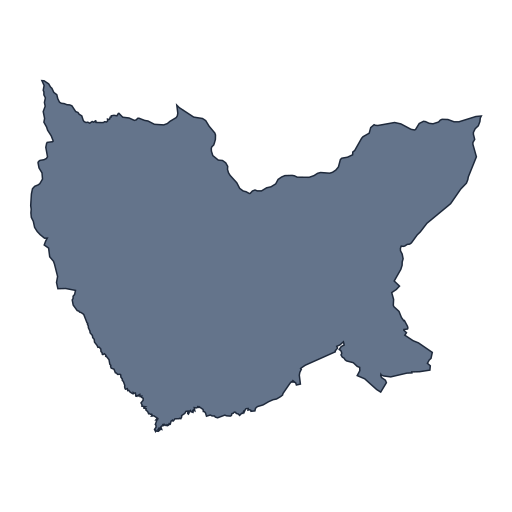 Sotaquirá, Boyacá, Colombia
{"feature_id": "7082276B24848534982684", "entity_name": "Sotaquirá", "entity_type": "district", "adm_level": 2, "iso_a3": "COL", "parent_name": "Colombia", "parent_adm1": "Boyacá", "projection": "mercator", "projection_center": [-73.263, 5.785], "detail": "fine", "context": "isolated", "style": "filled", "palette": "slate", "viewbox_px": 512, "rotation_deg": 0, "n_neighbors": 0, "source": "geoboundaries", "source_scale": "gbopen_adm2", "svg_char_len": 6013}
<svg xmlns="http://www.w3.org/2000/svg" viewBox="0 0 512 512"><path d="M215.3,417.1L217.6,417.8L224.8,415.1L226.5,415.8L230.3,416.1L231.4,415.5L231.9,413.6L233.1,413.3L234.3,412.1L235.6,412.3L236.2,413.4L238.3,414.0L239.6,415.4L241.7,413.3L242.9,413.4L243.7,411.0L244.1,410.8L244.3,411.8L245.6,409.0L246.5,408.6L248.2,408.5L248.0,410.1L249.5,409.7L250.9,410.4L251.0,411.3L254.9,410.9L255.5,408.3L257.4,406.6L263.1,404.9L268.6,401.7L273.1,399.7L276.5,399.0L280.6,396.6L282.6,395.0L282.9,393.6L289.9,383.4L291.4,381.7L292.0,382.1L292.9,380.6L294.1,381.6L293.7,382.1L295.6,382.6L296.4,385.0L300.4,384.1L299.3,375.2L299.8,372.4L301.3,369.3L300.6,368.6L301.3,367.9L305.3,365.2L335.3,351.8L335.2,350.9L337.5,348.1L336.7,346.3L339.8,345.0L343.4,341.8L344.2,345.0L341.2,346.6L339.2,349.5L340.8,350.6L341.5,352.1L341.7,353.7L341.0,354.9L342.3,357.1L344.2,358.3L345.0,359.7L346.5,360.9L353.3,362.7L357.2,366.4L359.7,367.4L359.8,370.7L357.2,375.6L364.7,378.8L376.6,389.5L380.7,392.1L386.4,382.7L385.4,380.2L381.5,377.5L380.7,375.5L380.9,374.4L381.3,375.1L383.9,376.0L390.7,376.9L406.9,373.1L411.9,372.9L411.8,371.9L419.6,371.7L429.9,370.1L430.3,365.8L427.4,363.3L429.3,359.9L431.0,358.4L432.3,352.4L418.5,342.9L413.1,340.7L404.8,335.2L406.5,332.7L403.8,330.2L403.9,329.5L407.5,329.0L407.9,328.0L407.5,326.3L404.4,320.5L403.8,320.8L401.4,317.4L399.0,311.4L393.9,306.7L393.3,305.3L393.6,299.4L391.7,292.6L396.3,289.5L399.5,286.1L394.2,281.0L400.8,269.4L402.1,265.3L402.2,262.0L403.1,258.8L402.2,254.1L400.5,250.8L400.4,248.4L401.2,246.1L403.3,246.4L404.8,246.0L407.2,244.4L409.7,244.1L411.4,242.9L417.2,234.9L420.3,231.9L426.9,223.3L450.6,203.7L460.7,189.1L466.4,183.2L467.8,179.7L468.3,176.9L476.4,156.8L472.9,144.3L472.9,142.5L474.7,139.4L473.4,134.3L473.4,132.4L475.2,128.7L478.3,125.8L479.9,121.6L480.3,118.0L481.3,116.0L475.9,116.5L458.9,121.8L454.1,121.8L447.9,119.5L442.1,119.3L440.3,120.1L438.6,122.0L433.0,123.8L429.1,123.3L425.5,121.6L423.5,121.3L419.2,123.5L415.6,129.4L414.6,130.0L411.0,129.3L400.9,123.9L394.6,122.5L377.8,125.5L375.4,125.3L374.1,124.7L370.7,127.6L369.2,133.2L363.0,136.7L361.6,138.3L354.7,150.5L352.8,152.0L352.6,154.8L347.5,157.2L341.8,158.2L340.4,159.5L338.4,167.0L335.8,170.1L332.5,172.3L329.7,173.2L320.6,172.5L317.6,173.3L314.0,175.6L309.2,177.3L297.3,177.2L294.4,175.8L292.2,175.4L284.9,175.6L281.6,177.0L278.1,179.4L275.7,183.9L271.0,186.8L266.6,187.8L261.5,190.9L257.3,190.9L255.0,190.0L252.4,191.0L250.2,193.4L249.3,193.5L246.0,191.7L243.2,191.0L239.7,188.4L236.8,182.8L230.1,175.4L228.5,172.8L227.5,169.4L227.7,166.4L225.7,162.8L222.5,160.5L218.3,160.1L212.8,155.6L211.4,151.1L211.3,148.4L211.8,146.8L213.7,145.0L214.4,143.0L215.4,139.4L215.5,135.0L214.8,133.0L209.1,126.2L205.7,120.6L202.5,118.5L193.7,117.1L179.2,107.6L176.8,105.2L177.8,113.3L177.3,115.9L176.2,117.6L170.0,121.3L167.3,123.6L163.7,124.9L154.4,124.3L148.0,121.0L144.6,120.4L138.9,118.2L137.7,118.3L136.2,119.9L134.4,120.4L129.1,118.0L122.7,117.2L118.9,113.3L118.3,113.5L116.9,115.8L114.0,115.3L111.3,115.8L111.2,117.0L110.2,117.1L109.6,119.1L108.8,119.5L107.5,119.1L107.6,121.0L106.6,122.0L104.6,121.7L103.5,122.5L102.1,122.6L96.9,122.5L95.9,122.4L96.0,121.1L95.5,120.8L93.6,122.2L92.2,121.5L89.7,123.2L87.8,122.2L86.0,122.5L84.1,121.6L83.2,120.3L81.8,115.9L79.1,114.2L78.0,112.5L75.7,111.6L71.9,105.8L69.7,104.9L66.9,104.7L64.2,103.6L61.4,103.3L59.5,102.2L57.8,98.8L56.8,94.7L53.8,92.4L51.9,88.3L50.5,87.0L48.7,83.9L44.1,80.8L41.9,80.6L44.1,85.5L43.2,90.3L43.9,91.9L43.9,94.9L45.4,97.9L44.4,102.5L45.2,106.2L43.2,111.6L44.6,118.4L43.9,122.2L46.6,127.1L47.6,130.2L51.2,135.8L53.2,141.0L52.6,141.7L47.2,142.4L46.6,143.4L45.8,147.3L47.5,156.8L46.4,158.5L44.0,159.7L40.0,160.4L38.5,161.5L38.0,162.7L39.0,167.9L42.0,172.9L42.5,179.1L39.8,183.7L38.1,184.9L34.7,186.3L32.5,188.7L31.4,194.0L30.7,205.6L31.2,209.3L30.9,212.9L31.3,217.3L33.3,221.3L34.6,227.4L37.2,231.5L40.1,234.6L44.5,238.2L47.3,238.1L45.7,241.0L44.2,245.0L48.6,248.1L49.7,256.8L53.5,261.3L54.5,264.2L57.6,276.5L56.5,282.5L57.9,288.7L65.7,288.5L75.5,290.4L74.6,294.5L73.1,296.2L73.1,298.5L72.2,299.9L73.2,305.1L77.2,310.6L78.8,311.1L79.6,312.1L81.2,312.6L83.7,314.4L87.0,322.8L87.7,323.3L87.5,324.6L88.2,325.5L88.4,327.8L89.9,331.0L90.1,332.8L92.4,335.5L92.7,337.6L94.2,339.3L94.5,342.1L97.1,345.5L97.9,347.3L99.2,347.2L100.8,349.0L101.0,351.6L102.0,352.5L102.3,354.3L102.9,354.6L104.4,353.7L106.0,355.4L105.7,356.3L106.8,356.9L109.0,359.7L109.8,364.2L110.8,365.3L110.6,366.5L111.2,368.1L114.0,369.2L115.4,372.8L116.4,373.0L117.6,374.4L120.0,374.3L120.7,374.8L120.9,377.2L122.3,379.0L122.3,380.4L123.4,381.5L124.8,385.5L124.6,386.9L125.1,388.7L125.6,389.2L127.3,388.6L127.7,390.6L128.8,390.4L130.0,392.0L132.7,393.7L133.3,393.7L133.3,392.7L133.8,393.2L135.4,393.0L135.8,396.1L136.8,396.3L136.9,395.6L138.4,395.9L138.3,395.3L139.8,394.4L140.1,396.5L141.7,396.1L141.4,397.2L143.2,398.3L143.1,400.3L141.0,402.9L142.0,404.8L141.9,406.2L145.2,406.7L143.9,407.4L143.9,408.2L146.1,408.6L145.9,410.0L147.7,411.6L148.6,413.7L149.1,413.4L150.4,414.3L151.7,414.2L152.1,415.0L151.5,416.1L153.8,415.8L157.9,418.5L157.6,419.5L156.7,418.9L155.9,419.9L156.6,419.9L156.5,421.3L155.3,424.5L155.9,425.0L156.1,427.1L154.5,429.4L155.5,431.4L155.9,430.5L156.4,431.1L158.3,431.3L159.4,430.4L158.0,429.7L158.7,428.6L159.2,429.8L160.8,429.1L161.7,429.4L161.2,427.9L160.9,428.5L159.9,428.0L161.5,426.1L163.4,425.6L162.9,424.5L164.1,424.3L164.2,425.2L165.1,424.9L166.1,425.6L166.8,424.9L167.3,425.3L167.3,424.8L168.3,425.2L169.1,423.7L169.8,424.5L170.2,424.3L171.1,421.1L172.4,420.2L172.6,420.9L173.3,421.0L175.0,418.8L179.1,418.7L179.5,418.3L180.8,418.7L181.7,416.9L181.6,415.6L184.8,413.4L185.9,411.4L188.0,411.1L187.7,413.5L188.4,414.1L189.2,412.6L188.9,411.6L190.4,410.5L190.9,411.7L193.0,412.4L193.2,411.1L192.4,411.2L193.3,409.9L194.8,410.8L194.2,407.6L196.2,407.9L197.5,407.5L197.7,406.7L198.8,407.4L199.1,406.7L203.1,409.5L203.3,411.5L204.3,411.6L205.4,412.7L206.5,416.2L210.3,415.0L212.0,415.9L214.5,416.0L215.3,417.1Z" fill="#64748b" stroke="#1e293b" stroke-width="1.5"/></svg>